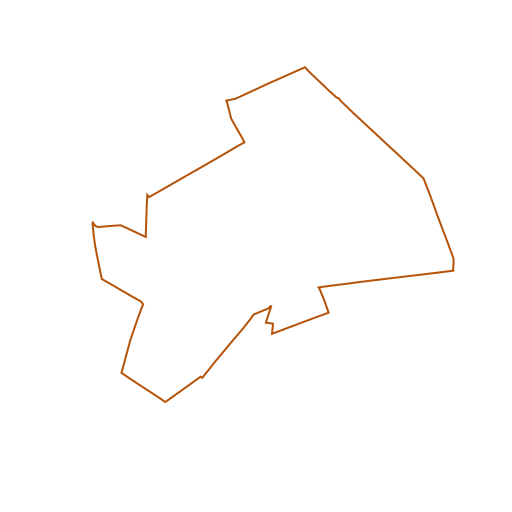 the district of Zimandu Nou, Arad, Romania, rotated 140°
{"feature_id": "2599482B63930255297686", "entity_name": "Zimandu Nou", "entity_type": "district", "adm_level": 2, "iso_a3": "ROU", "parent_name": "Romania", "parent_adm1": "Arad", "projection": "albers", "projection_center": [21.398, 46.275], "detail": "fine", "context": "isolated", "style": "outline", "palette": "amber", "viewbox_px": 512, "rotation_deg": 140, "n_neighbors": 0, "source": "geoboundaries", "source_scale": "gbopen_adm2", "svg_char_len": 1652}
<svg xmlns="http://www.w3.org/2000/svg" viewBox="0 0 512 512"><g transform="rotate(140 256 256)"><path d="M434.2,252.9L431.6,243.9L427.7,230.7L422.5,213.6L419.3,202.4L419.1,202.4L385.0,199.8L375.9,199.1L375.5,197.2L355.4,201.3L328.2,206.2L313.6,208.6L300.2,211.4L295.4,212.7L280.3,207.9L277.0,208.2L276.7,207.7L291.3,198.6L291.0,198.4L287.2,194.0L286.5,193.3L288.5,191.2L293.7,186.1L288.9,184.4L268.7,177.3L252.5,171.6L236.8,165.9L232.2,178.1L228.4,190.1L228.2,191.6L223.4,188.7L214.8,183.2L203.7,176.0L194.3,170.1L168.2,153.1L123.1,123.6L117.5,120.0L114.2,117.9L113.8,118.9L112.3,120.4L109.3,123.4L106.2,127.4L100.7,142.7L91.4,169.3L88.3,177.7L85.1,186.5L84.4,188.5L83.7,190.3L77.8,207.8L80.1,227.4L81.5,238.3L82.0,243.0L82.8,249.0L83.6,255.1L86.0,274.5L88.5,294.6L89.5,302.5L91.4,320.2L91.3,323.9L92.1,324.7L92.6,326.7L93.3,332.2L93.9,336.2L94.0,337.4L95.8,353.6L96.7,361.1L96.8,361.8L96.9,364.4L97.1,369.1L100.8,370.2L102.2,370.5L110.3,372.9L133.7,379.6L138.6,381.0L170.5,389.6L177.0,393.1L178.2,393.8L178.9,394.1L179.0,393.9L179.2,393.4L179.3,392.8L179.5,392.0L180.0,391.1L186.7,377.2L188.1,370.2L190.3,357.5L191.8,350.5L200.4,352.2L218.7,355.2L233.5,357.9L240.0,359.0L251.3,361.1L261.4,362.9L299.9,369.8L300.0,372.7L300.4,372.2L303.2,369.2L308.7,363.3L326.1,343.9L328.2,341.4L331.3,348.1L331.9,349.3L339.8,366.4L345.0,370.3L349.3,373.3L358.6,379.9L359.7,382.2L359.7,385.1L359.4,386.6L359.7,386.6L359.9,386.6L366.4,377.1L367.6,375.3L372.9,366.8L378.5,356.7L385.5,343.9L388.9,337.5L385.2,327.4L380.2,313.6L377.4,305.7L375.1,299.6L373.4,295.3L373.5,291.6L385.2,285.1L406.4,272.3L434.2,252.9Z" fill="none" stroke="#b45309" stroke-width="2"/></g></svg>